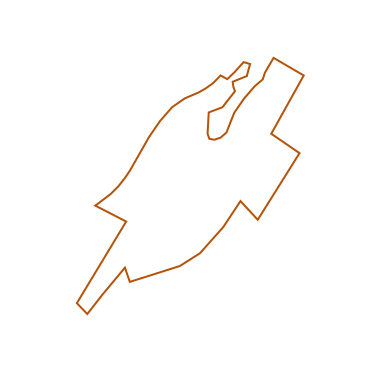 the border of Nicas, rotated 38°
{"feature_id": "LVA-5717", "entity_name": "Nicas", "entity_type": "Municipality", "adm_level": 1, "iso_a3": "LVA", "parent_name": "Latvia", "parent_adm1": "", "projection": "albers", "projection_center": [21.055, 56.332], "detail": "fine", "context": "isolated", "style": "outline", "palette": "amber", "viewbox_px": 384, "rotation_deg": 38, "n_neighbors": 0, "source": "natural_earth", "source_scale": "10m", "svg_char_len": 746}
<svg xmlns="http://www.w3.org/2000/svg" viewBox="0 0 384 384"><g transform="rotate(38 192 192)"><path d="M124.2,262.3L129.2,243.4L130.5,232.3L130.5,221.9L129.9,213.2L124.3,175.2L123.1,155.9L124.1,137.4L128.7,122.6L135.9,109.5L139.0,102.0L141.6,93.2L142.8,82.5L150.3,81.4L151.7,71.8L152.7,57.9L159.0,55.4L163.8,66.9L156.2,80.1L159.9,83.7L163.8,86.1L163.8,99.8L163.8,106.4L156.2,119.0L168.4,136.5L172.9,139.4L177.4,137.1L181.1,131.5L182.5,123.9L176.5,103.6L175.5,86.4L176.3,70.1L178.4,59.7L176.0,53.1L173.7,36.1L208.3,31.4L218.6,97.3L252.8,95.2L260.9,173.4L235.8,169.3L238.2,200.2L236.0,235.2L228.0,257.8L198.3,301.1L185.7,292.9L184.6,327.9L184.6,352.6L169.7,350.5L158.3,255.8L124.2,262.3Z" fill="none" stroke="#b45309" stroke-width="2"/></g></svg>